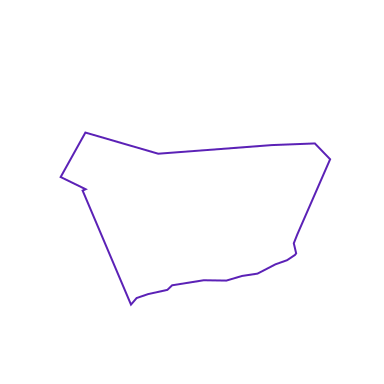 Mount Pleasant, Castries, Saint Lucia, rotated 136°
{"feature_id": "8701671B94814187921498", "entity_name": "Mount Pleasant", "entity_type": "district", "adm_level": 2, "iso_a3": "LCA", "parent_name": "Saint Lucia", "parent_adm1": "Castries", "projection": "orthographic", "projection_center": [-60.985, 14.015], "detail": "fine", "context": "isolated", "style": "outline", "palette": "violet", "viewbox_px": 384, "rotation_deg": 136, "n_neighbors": 0, "source": "geoboundaries", "source_scale": "gbopen_adm2", "svg_char_len": 468}
<svg xmlns="http://www.w3.org/2000/svg" viewBox="0 0 384 384"><g transform="rotate(136 192 192)"><path d="M311.8,153.6L305.5,154.2L294.4,149.0L277.7,138.7L271.1,138.7L244.9,120.4L228.8,104.4L214.4,96.9L201.6,87.8L182.2,82.0L171.0,76.9L161.6,75.2L159.7,75.5L154.4,84.4L145.8,88.3L69.9,119.6L69.9,141.6L102.0,170.3L178.6,233.8L189.7,243.0L227.4,308.8L276.1,294.0L266.6,267.9L269.7,269.0L314.1,153.4L311.8,153.6Z" fill="none" stroke="#5b21b6" stroke-width="2"/></g></svg>